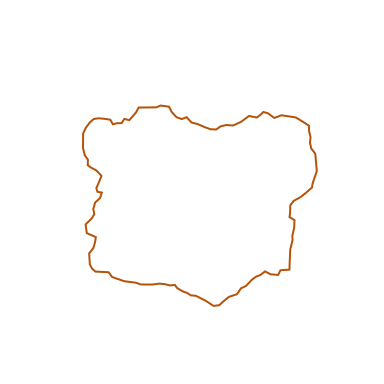 the district of Ingazeira, Pernambuco, Brazil, rotated 33°
{"feature_id": "56859067B31203293354202", "entity_name": "Ingazeira", "entity_type": "district", "adm_level": 2, "iso_a3": "BRA", "parent_name": "Brazil", "parent_adm1": "Pernambuco", "projection": "robinson", "projection_center": [-37.421, -7.711], "detail": "fine", "context": "isolated", "style": "outline", "palette": "amber", "viewbox_px": 384, "rotation_deg": 33, "n_neighbors": 0, "source": "geoboundaries", "source_scale": "gbopen_adm2", "svg_char_len": 1585}
<svg xmlns="http://www.w3.org/2000/svg" viewBox="0 0 384 384"><g transform="rotate(33 192 192)"><path d="M316.0,204.0L312.8,198.7L305.6,186.5L302.5,177.4L300.1,174.3L297.2,166.4L293.3,159.8L287.5,160.0L285.7,156.2L281.7,149.6L282.1,144.1L285.7,137.4L287.9,131.0L290.2,122.9L288.4,118.9L285.3,106.5L274.6,92.8L268.4,90.6L264.1,86.4L261.5,81.4L256.8,77.0L254.0,72.7L248.2,72.7L238.5,72.9L225.3,78.9L220.6,85.1L213.0,84.6L208.3,86.0L207.3,90.2L205.8,94.2L198.4,97.2L194.9,106.5L190.3,113.8L184.2,117.2L180.3,121.3L178.2,126.4L173.5,129.2L167.8,130.6L159.5,132.0L153.8,134.0L146.7,132.2L143.7,136.4L138.2,137.7L131.3,135.9L126.2,133.0L118.6,136.6L115.9,140.5L101.3,150.2L101.7,155.8L101.1,160.4L100.3,165.9L95.5,167.5L95.4,172.6L91.5,175.3L88.7,178.3L84.2,175.9L80.1,177.6L73.6,181.0L69.8,184.3L68.4,189.6L68.0,196.0L68.8,202.2L74.0,210.3L76.5,214.4L82.1,219.6L87.1,221.6L90.0,226.3L94.3,226.5L100.1,226.0L107.3,227.8L108.4,233.3L109.7,240.9L112.6,243.3L116.7,241.6L118.2,247.1L116.5,253.6L118.4,259.9L122.1,263.8L122.3,268.7L120.4,277.2L126.2,283.8L135.9,282.2L138.0,286.8L139.8,292.6L139.2,299.5L145.7,308.3L149.9,310.7L154.4,311.3L165.8,304.7L171.3,306.8L183.8,303.7L194.7,298.5L199.0,297.6L203.2,295.1L209.4,291.0L214.7,286.5L219.4,284.1L224.3,282.4L228.3,279.3L232.0,280.7L239.0,280.3L242.7,279.3L247.3,279.3L251.9,276.9L262.2,275.8L272.1,275.8L276.5,272.1L278.1,266.0L280.1,259.8L285.3,253.3L285.6,246.0L288.3,241.6L289.3,236.9L290.0,232.9L292.0,227.8L294.5,224.5L296.5,218.8L302.8,218.2L309.4,214.6L308.8,209.5L316.0,204.0Z" fill="none" stroke="#b45309" stroke-width="2"/></g></svg>